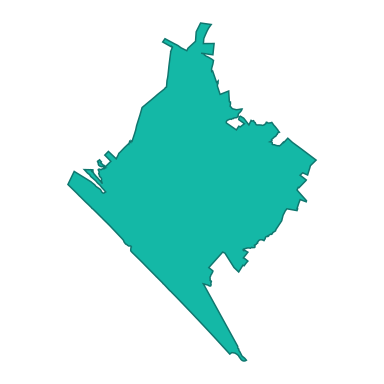 the district of Acapetahua, Chiapas, Mexico
{"feature_id": "50627088B93400387524803", "entity_name": "Acapetahua", "entity_type": "district", "adm_level": 2, "iso_a3": "MEX", "parent_name": "Mexico", "parent_adm1": "Chiapas", "projection": "mercator", "projection_center": [-92.769, 15.222], "detail": "fine", "context": "isolated", "style": "filled", "palette": "teal", "viewbox_px": 384, "rotation_deg": 0, "n_neighbors": 0, "source": "geoboundaries", "source_scale": "gbopen_adm2", "svg_char_len": 5946}
<svg xmlns="http://www.w3.org/2000/svg" viewBox="0 0 384 384"><path d="M242.1,109.0L241.4,109.0L237.8,109.6L236.2,109.7L232.7,108.8L231.8,108.2L231.3,107.3L230.2,106.5L230.2,105.3L230.5,103.9L230.4,102.0L229.6,102.0L229.3,101.1L228.7,91.0L220.1,94.4L217.5,86.5L217.4,85.3L217.4,84.5L217.6,84.1L217.9,83.9L218.0,83.7L218.1,81.0L216.6,82.5L212.6,70.9L212.0,70.9L211.7,71.2L211.6,69.2L211.7,68.2L212.9,63.9L213.5,60.4L212.9,60.1L212.1,59.4L210.5,58.4L207.7,56.8L206.3,56.3L204.4,54.9L203.8,53.8L201.1,53.2L205.4,53.7L209.0,54.3L212.9,54.8L214.1,43.5L203.4,43.6L203.7,39.8L203.8,38.6L205.2,35.2L207.1,31.0L208.3,28.7L209.1,27.4L211.2,24.5L200.6,23.0L196.2,31.8L195.5,41.3L188.0,48.2L186.8,50.7L181.2,47.9L177.9,45.5L175.8,44.4L174.9,44.0L165.0,38.7L162.7,42.0L171.1,46.7L171.3,46.2L172.5,47.1L170.6,51.7L170.7,52.0L169.0,65.5L167.9,75.9L167.5,78.3L167.0,80.6L166.5,87.1L165.5,87.5L164.5,88.9L157.4,94.6L154.7,97.0L142.1,107.5L140.0,114.9L136.6,125.7L135.7,130.0L134.7,133.3L132.0,141.5L131.7,141.5L131.0,140.8L130.7,142.3L129.7,141.3L128.8,144.1L128.5,143.8L124.3,147.8L120.4,151.9L119.2,153.0L118.8,153.4L118.1,155.2L117.4,156.5L116.2,158.8L108.4,151.4L104.8,155.1L110.9,161.3L105.6,166.5L105.3,166.2L104.4,165.8L104.0,165.3L103.0,165.0L102.7,164.6L101.7,163.6L100.6,162.8L101.4,161.9L100.0,160.4L99.6,159.8L97.5,161.3L97.5,161.7L97.9,162.3L98.2,162.2L98.5,162.4L98.2,163.2L98.3,164.2L98.7,165.2L99.0,165.4L99.8,166.1L100.6,166.3L101.1,166.7L102.2,166.7L103.3,166.5L103.6,166.6L104.0,167.1L104.3,167.3L104.5,167.9L105.1,168.0L104.6,168.2L104.1,168.7L103.8,168.1L103.6,168.1L103.0,168.7L102.0,169.0L101.6,169.5L100.9,169.7L100.5,169.6L100.1,169.3L99.5,169.1L98.7,169.2L98.3,169.5L98.2,169.8L98.4,170.3L99.0,171.4L99.3,172.0L98.7,173.4L98.7,173.9L99.3,174.7L99.5,175.1L99.3,175.9L100.3,177.2L100.8,177.5L101.5,178.6L101.6,179.6L101.3,180.3L101.3,180.8L101.7,181.6L102.1,183.1L102.5,183.7L97.4,177.6L96.1,176.4L95.3,175.2L94.5,174.6L93.5,172.9L92.9,172.2L92.1,171.7L91.6,171.2L91.5,170.3L92.7,171.2L93.0,171.2L92.9,169.8L84.3,169.6L87.6,173.2L89.6,174.7L90.8,176.6L93.2,178.6L94.9,180.1L95.8,180.9L97.4,182.9L100.0,185.2L102.1,187.9L104.0,189.9L104.7,190.8L105.7,191.9L103.7,193.2L102.9,193.0L101.9,192.2L100.4,189.5L97.7,187.6L96.6,186.9L95.7,186.2L95.1,185.2L93.6,183.9L92.6,183.2L90.9,181.7L74.2,171.4L67.9,184.5L76.7,193.1L79.5,196.0L80.5,196.9L81.6,198.0L85.4,201.8L88.8,205.0L90.8,207.0L91.4,207.5L91.8,208.2L92.3,208.6L92.6,208.7L96.8,212.8L100.1,216.1L100.4,216.3L100.9,216.9L102.0,217.9L103.2,219.2L109.5,225.4L122.1,238.7L123.4,240.2L124.2,242.2L125.6,244.0L126.1,244.3L126.4,244.3L126.8,244.5L127.2,245.0L128.7,246.0L129.8,246.0L130.7,245.9L131.4,246.9L131.0,247.3L130.8,249.0L130.7,250.2L130.9,251.0L131.1,251.3L132.6,252.9L139.5,259.6L142.7,262.8L145.5,265.7L155.5,275.8L156.7,277.1L157.4,277.5L157.5,277.8L162.7,283.0L163.0,283.6L163.6,284.0L164.7,285.1L169.6,290.4L171.1,291.7L172.3,293.0L175.5,296.2L192.1,313.5L201.9,323.9L212.2,334.9L229.8,354.1L231.7,352.6L233.4,352.8L235.0,353.1L236.8,354.2L238.0,355.2L238.7,355.9L238.9,356.5L241.1,359.6L242.2,360.5L243.2,360.9L244.3,361.0L245.6,360.7L246.4,360.2L244.7,358.2L242.0,356.0L239.6,351.3L238.9,350.6L238.8,349.1L237.8,348.1L237.7,346.3L204.5,285.9L203.3,283.8L204.6,284.1L205.8,284.6L207.5,284.9L209.5,286.0L210.6,286.0L211.0,285.2L211.1,284.8L210.8,283.0L211.4,281.6L211.3,281.1L210.3,280.7L210.1,280.4L210.1,280.0L210.2,279.3L210.0,277.5L210.3,276.4L210.6,276.1L210.9,275.0L211.2,274.5L211.7,273.9L211.8,273.5L212.2,272.9L212.3,272.6L212.3,272.2L212.8,271.8L212.9,270.9L208.8,267.6L222.7,252.1L224.9,253.1L234.0,267.5L238.7,272.0L242.9,265.2L244.1,265.8L246.2,263.0L247.9,261.1L244.9,258.7L243.4,257.9L247.9,252.2L244.4,250.1L243.9,250.7L243.3,250.2L243.8,249.6L243.5,249.4L242.7,249.9L243.5,249.1L247.3,248.0L248.8,247.9L250.5,248.2L251.5,247.4L252.2,247.7L252.9,247.5L253.1,247.6L253.7,247.6L253.8,247.6L254.3,247.6L254.9,247.2L255.0,245.5L254.6,245.2L256.2,244.3L257.1,243.1L257.3,243.2L257.6,243.1L257.7,242.5L257.5,242.1L259.2,240.2L260.1,239.8L262.6,239.8L262.8,240.1L263.5,240.5L264.1,240.6L264.5,239.6L264.8,239.3L265.2,238.7L265.3,237.8L265.9,236.8L267.0,236.4L267.6,236.0L267.9,236.5L268.5,236.1L268.4,235.9L269.0,235.2L270.6,234.2L270.8,234.1L271.2,234.4L271.6,234.3L271.9,233.8L272.4,233.7L272.6,232.7L275.5,230.9L276.0,229.4L281.7,220.8L282.9,215.9L283.2,215.0L284.3,212.9L285.2,211.0L286.9,208.8L297.0,210.6L297.6,208.9L297.0,208.7L298.8,203.1L300.2,199.6L306.2,201.8L306.5,200.7L300.5,194.0L297.0,190.0L298.3,187.3L299.0,187.7L305.9,180.6L306.3,180.0L300.1,175.2L302.7,172.8L307.6,175.0L309.8,167.9L310.4,165.7L316.1,160.1L301.0,148.7L292.4,142.4L287.8,138.2L283.7,142.6L283.4,142.1L280.9,144.8L279.5,145.9L279.1,145.9L278.7,145.7L277.0,145.7L276.4,145.4L276.1,145.4L275.8,145.4L274.8,144.8L272.8,144.6L272.3,144.4L272.2,142.6L271.6,142.1L270.1,141.8L271.4,141.2L271.9,140.7L272.0,140.5L271.5,139.6L274.0,137.4L274.5,136.7L275.2,136.6L275.5,136.4L276.0,135.9L276.7,134.7L277.3,134.2L277.4,133.4L278.0,132.8L278.6,132.6L279.4,132.2L278.1,130.7L277.9,130.1L275.3,126.8L275.0,126.6L274.7,126.1L274.1,125.6L271.8,122.4L270.3,122.9L269.8,122.9L268.8,123.1L267.8,122.9L267.2,122.6L266.9,122.2L266.5,122.2L266.1,122.4L266.0,123.3L265.6,123.8L265.0,124.1L264.4,124.7L264.0,124.9L263.6,125.0L263.2,125.3L262.5,125.4L261.0,125.0L259.8,125.0L259.1,124.9L257.8,125.0L256.4,124.8L256.1,124.6L255.8,124.0L255.5,123.6L255.3,122.8L255.1,122.5L254.4,122.3L253.6,120.7L253.4,120.6L251.9,121.2L251.1,120.4L248.9,124.9L243.9,118.4L243.4,118.0L240.4,116.2L239.4,116.7L239.1,117.4L238.7,119.6L244.4,123.7L240.3,126.9L238.8,126.2L236.4,129.9L226.4,123.0L226.2,122.0L227.0,120.5L229.5,119.3L230.9,119.1L231.3,119.3L232.6,118.5L233.2,118.6L233.5,118.5L233.9,118.0L234.3,117.9L235.2,117.7L236.0,117.8L236.8,117.5L237.2,117.2L237.9,116.3L238.2,115.2L238.2,114.9L238.3,114.1L238.7,113.5L239.6,112.6L240.0,112.3L241.4,110.6L242.1,109.0Z" fill="#14b8a6" stroke="#0f766e" stroke-width="1.5"/></svg>